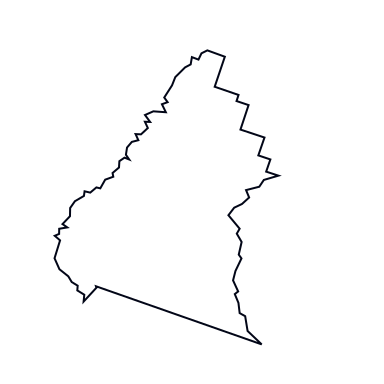 Liberty, Florida, United States of America (orthographic projection), rotated 19°
{"feature_id": "52423323B55850003369586", "entity_name": "Liberty", "entity_type": "district", "adm_level": 2, "iso_a3": "USA", "parent_name": "United States of America", "parent_adm1": "Florida", "projection": "orthographic", "projection_center": [-84.918, 30.289], "detail": "fine", "context": "isolated", "style": "outline", "palette": "ink", "viewbox_px": 384, "rotation_deg": 19, "n_neighbors": 0, "source": "geoboundaries", "source_scale": "gbopen_adm2", "svg_char_len": 1182}
<svg xmlns="http://www.w3.org/2000/svg" viewBox="0 0 384 384"><g transform="rotate(19 192 192)"><path d="M268.4,148.4L255.5,148.6L255.5,135.7L242.8,135.8L242.8,116.9L217.5,117.2L217.2,91.4L204.5,91.5L204.4,85.1L179.2,85.1L179.0,53.4L160.4,53.1L155.8,57.8L155.0,64.7L148.0,64.5L149.2,71.8L144.9,76.4L138.8,88.8L138.4,97.7L135.0,111.7L139.7,115.0L135.0,118.8L141.3,125.1L129.2,128.3L122.5,134.5L129.6,139.4L124.6,140.9L129.4,145.9L125.0,154.1L119.8,155.6L124.4,160.5L118.8,164.2L116.1,171.1L117.4,178.3L122.0,181.7L117.0,181.5L113.3,186.5L115.0,192.6L110.7,199.9L112.6,203.2L105.9,208.6L104.1,218.4L100.1,218.8L96.0,225.7L90.2,226.3L91.1,230.9L84.3,238.8L82.0,246.8L84.5,254.6L80.0,264.5L85.6,266.1L78.4,270.0L80.0,274.9L76.5,278.1L83.0,280.7L83.6,299.4L91.8,308.2L102.5,312.0L107.6,316.3L114.4,317.8L115.6,322.4L123.6,324.2L125.2,330.9L132.8,313.6L131.9,312.4L307.5,313.4L289.8,305.3L282.7,292.1L276.5,291.0L272.0,281.7L265.7,274.6L268.0,271.0L259.6,262.2L258.8,252.5L260.4,238.7L256.6,236.0L255.2,223.1L247.9,216.8L249.0,211.2L234.0,202.1L237.0,193.1L243.2,187.0L247.8,178.6L242.5,172.6L253.9,165.1L256.0,157.2L268.4,148.4Z" fill="none" stroke="#020617" stroke-width="2"/></g></svg>